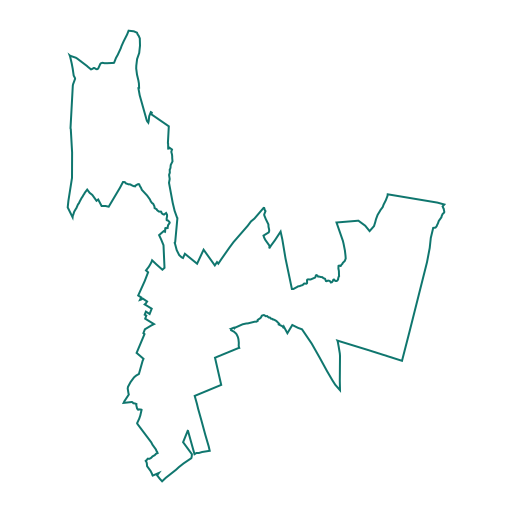 the district of Apizaco, Tlaxcala, Mexico
{"feature_id": "50627088B30859164427191", "entity_name": "Apizaco", "entity_type": "district", "adm_level": 2, "iso_a3": "MEX", "parent_name": "Mexico", "parent_adm1": "Tlaxcala", "projection": "equal_earth", "projection_center": [-98.132, 19.426], "detail": "fine", "context": "isolated", "style": "outline", "palette": "teal", "viewbox_px": 512, "rotation_deg": 0, "n_neighbors": 0, "source": "geoboundaries", "source_scale": "gbopen_adm2", "svg_char_len": 6024}
<svg xmlns="http://www.w3.org/2000/svg" viewBox="0 0 512 512"><path d="M444.3,204.5L437.4,202.6L387.7,194.3L387.5,195.9L385.8,200.3L383.6,204.6L382.7,207.1L380.5,210.0L379.9,211.1L377.6,214.9L376.0,219.2L375.2,222.3L374.0,226.1L369.6,231.1L365.2,225.7L358.4,220.7L336.5,222.5L342.9,240.9L343.6,243.9L344.9,250.5L345.5,255.7L345.7,258.5L344.8,260.9L342.8,262.9L342.4,263.8L341.3,264.9L340.9,265.8L340.4,266.0L339.5,265.6L339.0,265.6L338.5,265.9L338.4,268.5L338.9,271.1L339.0,275.2L339.1,276.1L338.7,276.7L338.2,278.3L338.1,279.4L337.3,280.6L336.5,281.0L335.6,281.0L334.9,280.6L334.2,279.6L333.9,279.5L333.3,279.8L332.9,280.9L331.9,282.2L330.9,282.5L330.0,281.2L328.9,280.7L328.0,280.6L326.6,281.2L325.9,281.0L325.1,278.9L324.7,278.6L323.4,278.2L322.4,277.2L320.7,277.0L319.3,276.6L318.1,276.6L317.4,275.6L316.7,275.2L316.3,275.1L315.8,275.6L315.6,276.7L315.0,277.6L310.6,279.5L308.2,279.4L307.5,279.5L307.0,280.1L307.1,282.5L307.0,283.2L306.4,283.7L304.4,283.5L303.7,283.8L303.4,284.5L302.0,285.3L301.1,285.5L299.7,286.1L298.0,286.4L296.9,287.1L293.3,289.0L291.9,289.0L285.5,258.4L282.3,239.3L280.6,231.6L274.9,240.3L271.2,245.3L269.2,248.4L269.4,247.5L269.5,246.4L269.3,245.5L265.3,239.9L264.2,237.7L263.5,235.6L268.7,232.4L269.2,230.9L269.1,229.4L268.5,226.8L268.4,224.4L265.8,219.1L264.3,215.4L264.2,214.4L265.5,211.1L264.9,210.4L264.2,208.0L263.6,207.9L254.4,218.6L251.0,221.4L247.7,225.8L233.5,242.1L229.5,247.5L221.3,259.2L218.3,263.7L217.0,262.1L214.8,265.4L203.6,249.7L197.1,263.7L184.9,253.8L183.0,258.0L181.6,257.3L179.2,255.1L176.7,250.1L174.8,242.9L174.7,242.8L175.2,242.0L177.4,218.1L177.1,217.8L174.6,210.8L172.7,202.8L169.0,182.8L169.7,179.0L169.1,175.1L169.2,174.4L169.8,172.8L169.7,169.7L170.1,169.0L170.5,167.7L170.6,166.0L170.8,164.8L172.5,161.4L172.2,157.9L172.2,156.4L172.0,154.5L171.3,151.9L172.0,149.5L169.3,147.6L169.1,148.3L168.8,148.6L168.2,148.6L168.1,143.5L167.9,143.1L168.8,126.3L151.5,114.4L151.3,114.2L151.8,112.7L150.8,112.1L149.2,116.2L148.7,121.0L148.3,122.7L147.2,121.3L146.7,120.2L139.7,95.3L138.4,88.1L139.1,87.9L138.9,83.4L138.4,80.5L137.0,74.6L136.2,68.5L136.3,65.6L137.1,59.0L139.2,53.0L140.0,45.6L139.8,38.4L138.6,35.7L137.7,34.5L137.0,32.7L133.8,31.3L128.6,30.7L127.1,34.5L123.6,41.4L121.5,46.1L120.8,48.2L117.7,54.9L116.0,57.9L114.1,62.7L113.8,62.9L107.3,63.2L104.5,63.2L102.5,62.8L101.8,63.0L100.9,63.3L100.3,63.9L98.4,68.1L98.0,68.7L97.4,69.1L96.8,69.2L96.2,69.1L94.3,68.0L93.7,68.0L92.5,68.8L91.0,69.4L87.6,66.6L87.0,66.0L77.1,58.5L75.8,57.7L70.2,55.8L69.7,55.4L70.1,56.5L71.7,63.4L72.7,68.7L73.7,75.6L74.9,77.9L75.1,78.8L73.1,84.2L72.8,85.7L70.5,128.3L70.8,129.2L72.1,152.5L72.0,177.9L68.4,200.8L67.7,207.4L72.6,217.3L72.8,215.6L73.2,214.9L74.2,211.7L75.9,208.8L76.3,208.3L77.9,204.6L78.4,203.8L78.8,203.5L79.7,201.5L81.7,197.8L82.5,196.7L83.8,194.4L84.4,193.7L84.7,192.9L87.2,189.6L89.6,192.8L92.3,194.9L96.5,200.8L98.2,199.5L101.6,206.0L105.5,206.0L108.7,206.7L120.0,187.7L123.0,182.0L124.7,182.1L125.3,182.6L125.7,183.3L128.8,184.4L129.6,184.3L130.6,184.5L131.0,184.9L133.5,186.1L134.7,186.3L135.2,186.3L135.3,185.7L137.7,184.3L138.5,184.1L139.2,184.3L139.7,185.7L141.1,188.0L141.8,189.8L147.1,195.5L149.9,199.4L150.8,201.4L152.0,203.0L153.2,203.8L154.4,206.3L154.6,208.1L156.7,209.3L157.1,210.2L159.0,211.6L161.0,211.6L161.3,212.0L161.7,213.2L162.8,214.1L164.0,214.6L166.1,213.0L167.0,214.7L167.1,216.0L166.6,218.8L166.7,220.1L167.0,220.3L167.8,220.4L169.3,221.8L169.7,222.7L169.4,223.3L168.0,225.3L167.9,226.4L167.5,227.3L167.7,227.9L166.7,228.3L165.8,228.0L165.3,228.2L165.1,229.8L165.2,231.0L165.0,231.8L163.7,231.1L159.1,235.1L161.2,239.6L163.5,245.2L164.5,267.8L162.4,269.7L156.3,264.3L152.1,260.3L151.4,262.2L150.0,264.8L148.8,266.8L146.0,270.4L148.1,272.3L144.7,281.1L138.2,295.5L141.2,297.4L140.0,299.9L141.2,299.5L142.8,298.6L147.1,301.5L145.9,303.3L144.7,304.4L151.7,308.7L149.6,314.0L145.9,311.6L144.7,314.7L146.3,315.6L145.2,318.7L154.0,324.1L151.4,325.4L144.9,329.3L143.4,333.2L144.5,334.1L136.6,352.9L143.5,358.8L142.6,360.9L138.9,374.0L136.4,375.4L134.3,377.1L133.7,377.8L130.6,382.0L128.0,386.8L127.7,388.6L128.5,393.5L128.8,394.3L128.7,394.7L124.4,401.2L123.6,402.9L131.9,402.0L132.5,402.3L133.4,403.3L134.7,403.4L136.4,404.0L136.3,405.3L137.1,408.6L137.5,408.8L137.9,409.6L138.4,409.7L138.8,409.5L139.7,409.4L141.5,409.7L141.6,409.8L140.3,415.5L139.2,418.7L137.1,423.2L137.6,424.2L151.3,442.4L152.4,444.6L156.0,449.6L156.3,450.7L157.1,451.7L157.6,453.1L156.1,453.7L154.7,455.2L152.5,456.4L151.2,457.8L150.2,458.4L149.3,458.8L147.7,458.7L147.0,459.7L145.7,460.9L146.5,462.1L146.8,463.3L147.1,466.2L150.6,471.0L152.0,473.8L152.4,475.1L152.7,475.6L158.8,473.0L157.1,475.3L159.8,478.8L162.1,481.3L165.8,477.8L176.1,469.7L178.9,467.1L183.6,463.4L191.3,458.2L191.7,456.7L191.9,454.2L183.1,442.2L187.7,430.8L188.0,430.9L194.5,454.2L196.4,453.0L198.9,453.0L202.1,452.0L209.7,450.8L208.7,446.4L205.3,434.8L201.4,420.4L198.1,408.7L196.9,403.7L194.7,395.9L221.2,384.9L215.0,357.7L238.8,347.9L239.2,347.9L238.7,345.9L238.8,342.8L238.6,340.7L238.4,339.0L237.9,337.1L237.1,335.3L236.2,333.7L234.0,331.7L231.1,330.2L231.3,328.9L231.1,328.8L233.8,327.7L234.9,327.5L234.9,327.8L235.0,327.7L242.6,324.3L246.2,323.5L247.9,323.4L254.7,321.7L256.4,321.7L257.7,320.9L257.6,320.1L258.0,319.7L260.4,318.1L261.1,317.2L261.8,315.7L263.5,315.1L264.3,315.2L265.7,316.2L267.2,316.1L267.8,316.8L268.7,317.3L269.0,317.6L269.6,317.5L270.2,317.7L271.0,318.7L272.3,318.9L273.0,319.5L273.2,319.4L274.5,319.9L276.4,321.0L279.2,323.8L278.8,324.5L282.5,326.3L283.4,327.6L283.7,327.5L283.9,326.8L287.4,333.2L292.3,325.0L298.1,327.9L302.0,329.3L311.7,343.6L319.8,357.9L326.9,370.9L332.4,380.3L335.2,384.7L340.0,390.2L339.8,381.1L340.0,355.9L339.8,353.4L338.7,346.8L337.7,341.3L337.4,340.6L367.7,349.9L402.0,360.8L409.4,332.1L427.0,262.2L429.7,248.0L430.8,237.9L433.2,227.9L435.5,227.6L436.6,226.3L437.1,225.0L437.9,223.5L438.8,220.9L441.4,217.3L441.7,216.0L442.6,214.0L444.0,212.7L444.3,212.0L443.7,208.7L443.3,208.1L442.6,206.4L444.3,204.5Z" fill="none" stroke="#0f766e" stroke-width="2"/></svg>